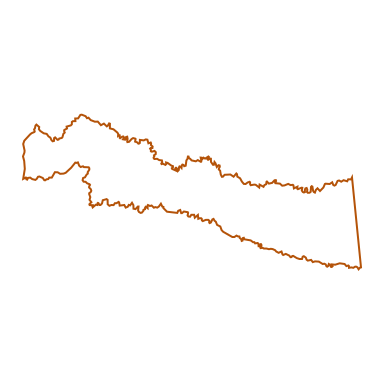 Ulloa, Valle del Cauca, Colombia (Robinson projection)
{"feature_id": "7082276B37156056726077", "entity_name": "Ulloa", "entity_type": "district", "adm_level": 2, "iso_a3": "COL", "parent_name": "Colombia", "parent_adm1": "Valle del Cauca", "projection": "robinson", "projection_center": [-75.783, 4.708], "detail": "fine", "context": "isolated", "style": "outline", "palette": "amber", "viewbox_px": 384, "rotation_deg": 0, "n_neighbors": 0, "source": "geoboundaries", "source_scale": "gbopen_adm2", "svg_char_len": 6005}
<svg xmlns="http://www.w3.org/2000/svg" viewBox="0 0 384 384"><path d="M352.0,177.4L351.0,179.4L348.2,179.3L347.2,181.3L343.6,180.2L341.2,181.7L339.1,180.5L337.6,180.9L335.6,185.0L334.4,185.6L333.3,185.0L332.2,182.3L329.7,184.0L325.5,183.7L324.9,184.0L323.4,187.5L320.0,191.0L317.5,188.3L315.9,189.9L314.9,192.6L313.8,192.0L313.1,190.8L312.4,186.6L311.7,186.2L311.0,186.9L310.7,191.8L309.6,192.7L307.8,192.8L307.0,192.0L307.3,189.6L306.6,188.0L305.4,188.4L304.9,189.7L304.9,192.1L303.9,192.5L302.8,192.0L301.8,190.5L302.3,187.8L301.5,187.7L297.9,189.2L297.2,188.6L297.4,186.7L293.9,188.4L293.4,185.3L292.8,184.8L290.6,185.1L288.2,183.9L284.5,185.4L282.2,185.7L279.9,183.6L275.4,183.2L275.1,182.6L276.1,181.0L275.8,180.1L274.5,180.3L272.1,182.9L268.9,183.6L266.9,181.5L266.5,181.8L266.2,184.2L264.4,185.1L263.5,186.8L259.6,184.6L259.2,187.5L255.7,184.8L254.2,184.6L250.7,185.2L250.1,184.2L250.1,182.3L249.6,181.8L247.6,182.5L245.6,184.0L243.8,183.9L241.9,181.6L240.1,178.3L237.3,176.6L237.0,174.2L236.3,173.5L233.6,176.7L230.4,174.5L224.6,174.8L222.9,176.7L221.9,176.8L220.8,174.6L220.1,170.6L218.8,169.5L218.9,168.5L219.8,166.8L219.6,165.5L218.5,165.2L216.8,167.0L215.5,163.3L214.5,162.0L213.8,164.8L213.0,164.8L211.0,161.9L210.9,158.7L210.2,158.6L208.1,159.8L207.5,159.3L208.9,157.0L208.4,156.5L205.1,158.6L203.5,157.7L202.6,158.8L201.8,157.7L200.7,157.6L201.4,160.8L201.2,161.7L200.8,161.8L197.8,160.1L195.8,161.3L191.6,160.4L190.2,158.8L189.1,158.3L188.5,156.5L187.9,156.5L187.5,158.8L186.4,160.4L185.7,165.7L184.2,166.2L183.5,164.9L182.4,164.6L181.8,165.4L181.5,168.0L180.2,166.6L179.5,166.4L179.0,167.3L178.8,170.0L177.6,171.3L177.2,170.8L177.2,169.0L176.3,167.8L175.7,167.8L175.3,168.5L175.7,170.5L172.1,168.9L171.8,168.2L173.0,167.1L172.9,166.1L171.5,165.7L167.6,162.9L166.1,162.5L166.3,164.0L165.4,164.9L162.9,163.7L161.6,164.1L161.3,163.6L162.2,162.1L161.9,160.4L159.2,160.1L157.1,158.8L154.4,159.0L153.8,158.4L153.6,157.5L154.3,156.3L154.0,155.3L155.7,154.1L155.8,152.2L154.5,150.9L151.9,151.7L150.9,151.3L150.9,149.9L150.1,148.6L150.8,147.9L152.4,148.0L152.6,146.5L150.9,145.0L151.1,143.3L150.7,142.5L148.4,143.3L147.4,139.7L145.8,139.4L143.7,140.4L139.9,139.9L139.8,143.0L138.8,143.7L138.1,143.5L137.5,142.5L135.1,141.6L135.6,139.0L135.2,138.6L133.1,138.1L131.6,139.0L129.1,141.8L127.4,142.1L127.2,141.4L127.6,138.8L127.2,136.7L126.1,137.0L125.7,139.2L125.2,139.7L123.0,139.3L124.1,137.6L123.4,136.5L122.4,136.6L120.1,138.2L119.7,137.8L119.7,135.3L119.0,135.1L118.1,135.8L118.2,133.9L117.4,132.6L113.5,129.3L109.9,128.4L109.9,123.7L109.1,123.4L107.7,125.8L106.8,126.4L103.9,123.6L100.9,125.2L97.8,121.6L94.9,121.7L90.7,120.1L88.5,117.7L87.0,118.2L85.6,116.2L81.8,114.7L80.4,114.9L78.1,118.4L75.2,118.5L75.4,121.1L72.9,121.2L71.9,121.9L71.8,124.4L70.8,125.4L66.6,126.6L67.0,128.5L64.3,130.0L64.1,130.9L64.7,132.6L63.4,133.8L62.4,137.3L61.7,138.0L59.3,138.5L58.5,139.6L57.5,139.8L55.1,137.4L54.1,138.1L54.0,140.9L52.7,141.3L51.6,140.3L50.3,137.6L48.5,136.4L46.7,133.9L43.7,133.3L40.2,130.9L38.9,129.2L39.2,127.0L36.4,124.6L35.5,125.6L34.9,128.4L34.1,129.4L34.7,131.5L34.4,132.0L31.6,133.2L30.1,134.4L24.3,140.7L23.2,144.0L24.6,150.7L24.4,152.6L23.0,156.4L24.2,161.0L24.8,168.9L23.2,178.9L25.9,177.5L26.3,177.9L26.4,179.3L27.2,179.6L28.0,177.9L30.2,177.6L32.2,179.1L35.4,179.9L36.7,178.9L38.0,176.8L39.4,176.5L42.8,178.0L44.3,180.2L45.2,180.3L46.5,179.3L48.2,179.1L49.2,177.6L51.8,177.6L54.9,172.2L57.7,172.3L60.1,173.8L63.6,173.6L65.7,172.8L71.2,167.7L75.3,162.6L76.4,162.9L77.9,162.4L79.2,165.7L80.7,167.0L83.0,166.3L83.9,167.1L88.7,167.3L89.3,168.2L89.3,169.7L87.7,172.2L87.8,173.6L86.6,174.6L85.0,177.3L83.1,178.0L82.6,180.2L83.6,181.7L85.6,181.8L87.1,183.3L89.5,184.2L90.0,184.9L89.2,186.3L89.1,187.5L90.8,189.2L91.3,190.8L90.6,192.2L89.2,193.2L89.2,194.2L90.3,197.1L89.5,199.8L91.4,202.2L89.5,204.0L89.4,204.7L89.7,205.1L93.0,205.2L93.1,205.8L92.3,206.3L92.7,207.4L95.8,204.7L97.3,205.0L97.5,203.3L97.9,202.9L98.4,203.1L99.5,205.0L100.5,205.0L102.0,203.5L102.8,200.2L106.5,199.1L107.6,199.9L107.7,204.3L109.4,205.8L111.4,205.0L113.6,205.1L114.9,203.2L116.5,203.2L118.6,201.9L119.1,202.4L119.7,205.6L124.3,205.0L125.7,207.6L127.7,206.8L128.8,204.9L130.1,205.4L132.0,202.8L133.4,205.2L133.5,208.7L135.5,209.1L137.9,206.5L138.5,206.5L138.1,210.4L138.9,211.9L140.6,212.9L141.9,212.6L143.4,210.8L143.5,209.8L145.0,209.2L145.1,207.6L145.7,206.8L147.6,208.2L147.5,205.6L147.9,205.0L150.0,206.0L151.6,205.5L153.9,207.7L155.2,207.1L157.3,207.6L158.9,206.5L160.9,203.7L162.3,206.6L163.4,206.9L163.4,208.1L167.0,211.7L177.3,212.9L178.2,210.8L180.2,210.0L181.2,213.1L182.0,213.1L183.9,211.5L187.8,212.2L188.1,212.9L187.6,215.5L188.4,216.5L190.1,216.7L191.3,214.8L194.1,214.8L194.8,217.7L197.9,215.0L198.3,218.8L199.8,218.2L201.3,218.3L201.8,218.9L201.9,220.4L202.8,221.1L205.7,219.9L208.3,219.9L209.3,220.7L209.2,222.6L209.7,223.1L210.9,222.5L212.4,219.4L213.5,218.9L214.6,220.8L215.8,221.7L217.1,224.9L220.3,226.5L221.6,230.1L223.2,231.8L232.3,237.0L234.4,237.0L236.5,235.6L237.9,236.4L239.4,236.5L239.7,237.9L241.2,239.2L241.7,240.9L242.5,240.6L242.8,238.1L243.8,237.8L244.4,239.3L250.7,240.4L253.1,242.2L254.4,242.2L255.1,243.4L257.7,243.0L258.4,243.9L258.6,246.2L259.2,246.2L260.2,244.3L260.9,244.1L261.5,245.1L261.2,246.5L260.3,247.3L260.6,248.1L262.6,247.8L263.8,248.5L266.3,248.5L269.0,249.2L270.8,248.8L272.7,249.1L275.1,250.2L276.2,251.5L278.6,252.8L281.5,251.5L282.5,254.4L283.2,255.0L285.8,253.9L289.3,255.6L290.5,257.2L291.5,257.1L292.3,256.0L293.2,255.9L296.8,258.1L299.5,259.0L302.0,259.0L302.7,256.7L303.8,256.2L305.8,257.6L306.6,259.7L307.8,260.6L311.1,259.9L312.8,262.1L315.0,261.4L318.8,261.6L322.7,264.0L324.3,263.7L325.7,264.4L326.5,266.3L327.2,266.7L328.1,266.1L328.8,264.0L329.8,264.7L330.9,266.8L331.7,267.0L332.6,266.2L331.9,264.4L335.2,264.7L339.7,263.3L344.6,264.0L346.4,266.1L348.4,265.5L348.9,266.0L349.0,267.8L351.3,267.4L353.3,267.8L355.1,266.7L356.3,266.7L357.4,267.3L358.6,269.3L359.9,267.7L361.0,267.4L352.0,177.4Z" fill="none" stroke="#b45309" stroke-width="2"/></svg>